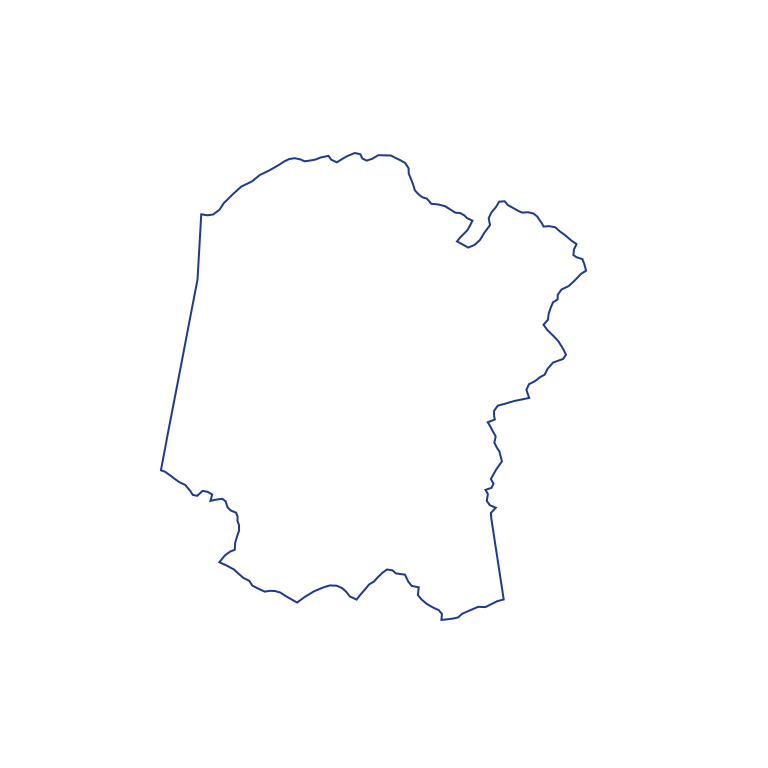 the district of Cedro, Ceará, Brazil, rotated 234°
{"feature_id": "56859067B68108454386597", "entity_name": "Cedro", "entity_type": "district", "adm_level": 2, "iso_a3": "BRA", "parent_name": "Brazil", "parent_adm1": "Ceará", "projection": "equal_earth", "projection_center": [-39.111, -6.578], "detail": "fine", "context": "isolated", "style": "outline", "palette": "blue", "viewbox_px": 768, "rotation_deg": 234, "n_neighbors": 0, "source": "geoboundaries", "source_scale": "gbopen_adm2", "svg_char_len": 2878}
<svg xmlns="http://www.w3.org/2000/svg" viewBox="0 0 768 768"><g transform="rotate(234 384 384)"><path d="M139.3,354.2L211.8,391.6L216.8,394.6L218.2,401.7L223.7,398.4L229.0,398.4L233.8,403.3L238.7,403.9L236.8,409.9L239.0,414.0L244.3,414.6L248.8,424.3L252.1,433.9L261.5,437.7L266.3,437.9L271.7,438.8L275.9,443.5L283.4,444.5L287.6,445.1L292.1,445.4L290.1,452.7L293.9,454.6L297.6,457.3L299.6,463.3L297.1,469.8L293.7,479.4L289.5,488.6L287.4,493.3L295.5,495.7L298.6,501.1L297.6,507.8L297.8,514.6L297.1,519.5L300.2,525.5L302.0,533.4L299.0,543.7L300.7,548.4L306.7,549.5L315.8,550.2L322.1,549.5L331.4,547.9L338.2,547.9L339.6,554.4L344.0,558.4L348.1,564.3L350.8,568.8L350.4,574.2L354.1,577.0L356.1,583.3L354.7,591.1L355.6,598.9L357.3,608.1L356.9,614.1L363.5,616.6L368.4,617.9L373.2,614.4L376.9,613.0L381.2,616.8L384.0,622.0L389.7,620.0L394.9,618.7L399.3,617.6L403.8,616.0L410.1,614.7L414.8,610.2L417.6,605.6L421.4,606.2L425.1,606.2L429.5,606.4L434.0,605.1L438.3,601.5L441.5,596.4L445.6,594.2L450.8,591.8L456.1,589.3L460.9,589.0L463.8,584.4L461.2,578.1L459.7,571.9L456.7,566.2L450.2,563.1L447.5,554.4L444.1,546.2L443.3,538.9L444.9,532.3L456.5,526.9L457.7,531.5L459.4,541.8L461.6,546.7L464.2,551.6L469.4,548.6L473.2,548.1L477.4,546.2L480.7,542.4L485.5,540.5L492.1,537.8L497.5,533.3L502.0,528.2L508.7,527.7L512.4,524.9L517.2,523.4L522.5,522.8L527.0,524.4L532.6,526.0L539.7,527.7L544.1,530.7L550.6,531.0L556.1,528.4L560.5,526.0L564.8,523.9L569.0,518.4L572.5,513.8L573.1,506.9L574.9,501.3L579.2,499.0L583.8,499.9L588.1,496.0L589.9,488.7L590.5,483.7L591.1,476.1L596.4,473.2L601.2,473.2L604.5,465.8L605.9,460.4L608.3,455.4L610.9,450.6L614.6,448.6L619.3,444.3L621.7,439.5L622.7,434.2L623.1,426.6L624.3,416.2L626.1,406.3L625.5,396.5L627.6,384.5L626.3,372.5L625.3,366.3L624.5,360.6L621.7,353.5L621.6,345.3L624.2,340.4L628.7,335.9L578.2,294.6L540.6,254.4L515.6,227.8L467.7,176.5L464.6,173.3L445.3,152.8L441.9,155.2L436.3,157.1L431.1,158.7L425.1,160.6L419.1,163.9L410.9,164.4L406.7,164.1L403.3,167.2L404.2,174.3L400.6,177.8L395.6,180.1L391.5,174.9L389.2,180.0L386.1,185.8L382.1,186.9L376.1,184.9L371.7,185.7L366.8,188.7L362.7,187.6L359.5,185.0L355.1,183.8L350.6,180.6L347.5,176.1L343.1,170.4L337.6,165.8L338.9,160.9L338.8,154.4L336.6,146.0L329.6,150.0L322.3,153.5L316.6,154.7L309.7,156.3L304.0,159.3L298.2,159.0L292.7,161.8L286.1,165.5L283.6,170.4L280.4,174.3L276.1,177.6L269.8,180.0L258.3,185.2L258.3,194.7L257.4,205.7L254.9,216.0L252.8,221.9L248.6,227.2L243.3,230.2L238.2,231.3L232.2,231.5L225.7,235.1L227.3,240.5L228.9,247.6L230.6,254.1L230.1,259.9L231.3,265.4L232.2,271.7L232.2,277.4L228.2,281.4L223.8,282.3L217.4,288.9L209.9,287.5L204.4,287.7L199.1,292.6L193.4,287.4L187.8,287.7L181.1,289.3L174.7,292.1L168.8,295.4L163.9,295.7L159.4,291.8L156.3,297.1L153.4,302.5L151.6,306.8L152.2,312.2L148.4,329.2L143.9,334.9L141.7,348.1L139.3,354.2Z" fill="none" stroke="#1e3a8a" stroke-width="2"/></g></svg>